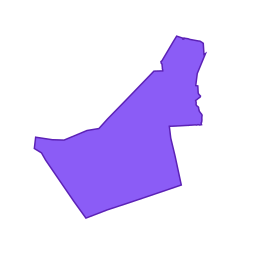 Rojas de Cuauhtémoc, Oaxaca, Mexico, rotated 344°
{"feature_id": "50627088B87097149335611", "entity_name": "Rojas de Cuauhtémoc", "entity_type": "district", "adm_level": 2, "iso_a3": "MEX", "parent_name": "Mexico", "parent_adm1": "Oaxaca", "projection": "robinson", "projection_center": [-96.619, 17.005], "detail": "fine", "context": "isolated", "style": "filled", "palette": "violet", "viewbox_px": 256, "rotation_deg": 344, "n_neighbors": 0, "source": "geoboundaries", "source_scale": "gbopen_adm2", "svg_char_len": 1829}
<svg xmlns="http://www.w3.org/2000/svg" viewBox="0 0 256 256"><g transform="rotate(344 128 128)"><path d="M36.7,111.4L32.3,121.9L38.0,128.1L40.0,136.3L55.7,183.5L62.7,203.0L85.3,201.0L113.1,199.9L159.4,197.7L163.5,197.5L165.5,168.0L166.3,149.5L168.2,137.7L168.6,137.8L171.5,138.6L172.5,138.8L174.9,139.4L175.9,139.6L181.1,140.8L183.8,141.4L185.1,141.7L187.1,142.2L187.4,142.2L187.9,142.3L188.6,142.4L189.2,142.6L192.9,143.4L194.0,143.7L194.5,144.0L195.1,144.1L195.6,144.1L196.0,144.0L196.4,144.1L196.8,144.3L197.2,144.7L197.9,144.9L198.7,145.0L199.6,145.1L199.6,144.3L199.6,143.8L199.7,143.3L200.2,142.9L200.5,142.5L200.7,142.0L200.9,141.6L201.3,140.5L201.5,139.6L201.7,138.9L202.0,137.9L202.3,137.2L202.7,136.3L202.7,135.6L202.5,134.9L202.1,134.0L201.6,132.8L201.5,132.4L201.2,131.5L201.2,131.2L201.1,130.9L201.3,130.4L201.2,129.4L201.4,128.0L201.5,127.6L201.4,127.3L201.1,126.8L200.8,126.4L200.4,125.8L200.1,125.4L200.0,125.0L199.9,124.5L199.9,124.1L200.1,123.8L200.2,123.3L200.5,122.4L200.6,121.9L200.6,120.7L200.6,120.2L202.0,119.7L203.8,118.9L204.7,118.6L205.3,118.4L205.8,118.2L206.0,118.0L206.5,117.3L205.4,115.2L205.1,113.8L205.6,111.5L206.1,109.4L206.7,106.8L204.8,105.9L209.6,94.7L223.1,77.7L221.3,78.2L223.7,67.3L223.6,67.2L223.4,67.0L223.2,66.8L222.9,66.3L222.7,66.1L222.5,65.8L222.3,65.6L222.1,65.4L221.9,65.2L221.7,64.9L221.3,64.5L220.9,64.3L220.4,64.0L220.1,63.9L219.8,63.8L211.7,59.8L211.6,59.7L211.0,59.2L210.2,58.7L208.0,57.7L206.7,57.0L206.2,57.9L205.5,57.8L205.3,57.3L205.2,57.3L205.3,57.0L205.4,56.7L200.1,53.1L195.4,57.4L179.2,72.7L178.0,73.2L177.8,74.8L178.3,76.1L177.9,77.9L177.8,78.9L177.5,79.9L177.4,80.7L177.4,81.8L177.1,82.7L174.9,82.1L168.6,80.5L168.4,80.6L131.0,102.2L111.0,113.6L99.9,120.5L87.9,119.1L63.2,122.0L52.0,118.4L36.7,111.4Z" fill="#8b5cf6" stroke="#5b21b6" stroke-width="1.5"/></g></svg>